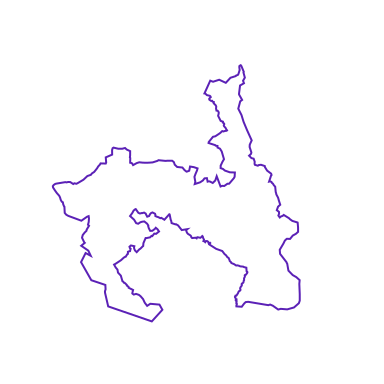 Tafawa-Balewa, Bauchi, Nigeria (Robinson projection), rotated 17°
{"feature_id": "59680162B48786148420785", "entity_name": "Tafawa-Balewa", "entity_type": "district", "adm_level": 2, "iso_a3": "NGA", "parent_name": "Nigeria", "parent_adm1": "Bauchi", "projection": "robinson", "projection_center": [9.578, 9.844], "detail": "fine", "context": "isolated", "style": "outline", "palette": "violet", "viewbox_px": 384, "rotation_deg": 17, "n_neighbors": 0, "source": "geoboundaries", "source_scale": "gbopen_adm2", "svg_char_len": 6087}
<svg xmlns="http://www.w3.org/2000/svg" viewBox="0 0 384 384"><g transform="rotate(17 192 192)"><path d="M272.1,167.6L270.0,162.6L268.3,161.6L267.0,160.4L265.6,159.8L265.0,159.1L263.5,159.0L262.7,159.5L262.8,153.1L263.1,152.5L262.3,151.3L257.6,149.6L254.5,146.9L254.0,145.9L250.0,145.8L248.0,146.7L247.3,147.6L244.2,147.6L243.6,146.8L243.1,144.7L241.2,142.1L239.2,142.2L238.0,141.8L236.9,141.0L236.0,140.6L237.3,138.2L237.2,136.8L234.0,132.2L233.7,131.2L233.4,129.8L234.0,125.2L226.6,116.8L220.8,109.8L216.8,103.9L211.9,98.8L211.6,91.2L213.0,89.3L208.7,85.2L208.3,84.6L206.8,76.1L209.9,72.8L208.3,70.7L209.1,67.2L206.3,62.7L206.4,62.0L202.4,57.1L201.5,56.5L200.9,57.1L200.5,57.7L200.7,58.7L201.9,61.4L201.9,65.4L201.7,66.5L200.0,67.9L199.9,68.4L195.4,71.5L192.4,77.7L185.2,76.7L179.9,80.4L176.9,80.2L175.1,94.1L175.9,94.0L178.0,95.0L180.9,94.8L181.7,95.2L182.2,95.8L181.5,97.0L181.2,98.0L181.7,98.7L183.7,99.3L184.6,98.9L185.3,99.6L186.6,99.6L186.8,100.8L189.4,102.2L190.2,103.2L190.6,105.2L191.6,107.0L192.7,106.8L193.7,107.4L194.4,108.3L194.6,109.5L194.7,111.5L198.6,115.6L201.0,115.7L201.2,116.6L202.6,117.1L203.0,117.6L202.9,119.0L203.4,119.7L205.4,120.9L206.3,121.9L207.5,122.8L207.2,123.3L205.5,124.1L204.4,124.9L203.1,124.9L201.8,127.2L200.8,128.5L198.0,131.9L195.9,133.1L193.4,139.3L193.5,140.3L200.5,140.4L201.0,140.8L202.9,140.5L203.4,142.0L206.1,142.4L208.6,144.6L213.0,151.3L212.3,154.2L211.7,158.4L212.4,160.8L214.8,160.9L217.2,161.9L222.5,162.1L227.3,160.8L228.3,165.0L228.0,166.5L225.1,173.2L223.5,173.7L221.1,176.8L219.0,177.3L217.7,178.4L211.0,169.7L210.9,174.2L209.2,177.3L205.8,176.7L204.3,177.2L203.9,177.5L202.2,174.4L200.0,175.3L199.2,177.3L199.2,177.6L196.9,180.4L192.3,183.6L192.2,181.3L189.9,176.8L190.1,173.4L190.5,169.9L190.4,167.8L186.5,167.7L182.7,168.2L183.1,172.5L181.0,174.1L180.7,174.1L178.4,173.2L175.7,171.4L170.5,172.4L167.5,170.9L166.0,168.8L164.0,167.9L159.3,169.3L157.6,170.0L150.6,171.4L149.9,172.3L145.7,175.2L142.1,176.6L139.7,177.4L136.5,178.3L132.9,179.0L130.7,180.5L127.8,183.5L126.5,182.3L125.9,182.0L124.3,182.1L123.0,177.5L122.5,177.1L122.1,175.0L120.9,171.0L117.2,170.5L115.1,169.5L112.5,171.1L108.7,172.2L104.0,172.5L103.3,173.3L103.3,175.2L104.7,179.6L99.4,184.1L101.3,188.9L101.2,190.0L96.2,191.4L95.9,192.8L94.8,195.0L94.3,197.1L92.6,201.4L90.8,203.6L90.3,205.1L87.3,207.3L84.6,212.0L80.5,216.5L79.1,217.9L76.9,218.1L76.1,219.1L72.7,218.1L70.7,218.6L69.2,219.5L68.0,219.6L60.1,223.5L58.9,224.2L57.7,225.7L57.2,227.1L57.8,228.3L60.4,230.5L63.0,232.5L66.1,234.4L67.4,235.8L68.7,237.8L69.5,238.6L70.4,239.4L71.5,239.6L72.5,241.5L73.9,243.2L74.3,243.4L76.4,249.2L78.4,250.5L80.7,251.0L94.6,251.8L98.9,246.3L100.2,245.3L101.2,247.4L102.0,250.9L102.1,253.7L103.4,254.4L102.3,258.6L102.4,260.0L101.2,262.2L100.1,265.1L100.2,267.9L103.7,271.7L104.3,272.0L101.8,275.8L110.0,278.4L113.8,282.6L108.1,281.5L106.4,291.5L121.5,305.8L136.3,306.2L137.8,310.3L137.8,312.4L138.3,313.8L145.3,325.9L191.4,327.5L198.1,313.3L193.8,309.2L184.8,311.1L182.4,314.0L179.2,311.7L176.5,308.7L173.3,306.7L171.3,305.9L168.3,305.8L166.3,307.1L164.8,306.6L164.5,306.3L164.3,302.9L159.4,302.1L159.0,301.2L157.0,300.5L156.8,299.9L154.5,298.7L153.5,298.7L152.6,297.9L151.6,297.7L148.4,292.8L144.8,290.7L143.4,288.0L141.1,286.5L138.7,284.2L139.8,283.1L144.1,277.9L145.9,274.8L147.0,273.5L147.5,273.3L148.3,270.4L148.8,269.9L148.2,267.9L148.9,267.3L150.0,266.7L149.9,264.2L149.0,263.8L148.2,262.6L149.2,261.0L152.7,260.7L152.8,262.1L153.3,263.1L154.6,264.6L156.7,265.7L158.4,262.2L159.2,261.3L160.7,258.5L161.1,257.9L160.5,255.1L161.1,249.6L161.9,249.4L165.2,247.6L166.1,245.8L166.9,245.8L168.1,242.8L169.9,242.5L172.0,239.4L169.9,237.7L167.8,236.8L167.3,238.1L165.4,240.7L163.4,241.4L161.3,239.3L160.0,237.3L160.0,236.8L158.3,235.4L155.0,234.1L153.0,235.0L151.5,236.0L149.8,238.1L147.7,238.1L144.7,235.4L139.8,233.1L141.0,229.7L141.6,226.8L142.9,224.9L143.2,224.8L146.8,227.6L148.5,227.8L150.1,226.8L150.5,226.8L152.2,225.7L154.1,226.2L154.6,226.9L156.4,228.7L158.0,227.5L158.4,225.3L159.1,224.0L160.2,223.1L163.0,223.6L163.5,224.2L164.0,225.7L165.4,225.9L167.1,225.9L169.4,226.3L170.2,225.7L173.7,226.6L176.8,219.9L177.0,219.9L177.3,220.2L179.7,224.7L180.5,225.6L181.6,227.7L185.7,227.8L186.1,227.5L188.4,228.0L193.3,231.4L198.4,228.9L197.5,230.3L199.0,232.3L200.3,233.2L203.2,234.0L204.1,234.6L204.6,235.5L205.6,236.0L208.7,234.7L210.0,235.0L210.3,233.7L211.6,233.5L213.3,233.4L213.9,232.7L214.7,231.1L215.3,231.4L216.3,233.0L217.4,234.0L217.3,235.6L218.4,235.6L219.3,236.1L219.7,234.8L221.0,234.5L222.0,234.9L222.9,236.1L223.7,235.7L224.6,234.7L223.9,237.1L231.7,239.3L238.2,239.6L241.2,241.8L243.1,242.6L244.9,244.0L246.2,244.3L247.6,245.9L248.3,247.0L249.8,247.7L250.4,248.4L253.4,248.7L255.7,249.4L256.8,248.9L258.3,248.8L259.9,249.0L262.7,248.4L263.6,248.6L266.1,248.5L267.4,251.9L267.7,252.2L268.2,252.2L268.5,252.8L268.4,253.5L267.7,255.4L267.2,255.6L266.8,256.1L266.8,256.4L267.2,256.9L267.3,257.8L267.0,259.3L267.6,261.1L267.4,261.7L267.6,263.2L267.5,263.8L266.7,264.7L266.4,265.3L266.5,265.9L266.9,266.3L266.9,267.1L266.2,269.1L266.2,269.6L266.3,270.4L266.9,271.2L267.0,271.6L266.5,272.7L266.1,272.9L265.7,273.7L265.6,275.2L264.9,277.7L264.6,278.3L263.9,278.4L263.7,279.7L263.9,280.1L265.0,281.0L265.1,281.6L265.5,282.2L265.5,282.7L265.9,282.8L266.2,282.4L266.5,283.3L266.4,283.8L266.8,284.1L266.8,285.3L267.1,285.6L267.5,285.7L267.7,286.1L267.6,287.5L267.9,288.4L273.1,287.2L274.5,283.4L275.5,281.6L277.8,280.6L298.1,277.9L299.6,276.8L302.5,277.1L308.8,279.2L311.0,277.8L317.4,276.4L323.3,272.6L326.7,267.1L326.8,264.4L324.9,258.2L321.5,248.5L320.7,244.8L316.6,242.9L312.6,242.0L307.2,239.0L304.0,232.7L303.4,232.2L302.9,231.5L294.3,225.4L292.8,221.6L294.5,214.6L295.0,211.4L295.8,209.9L296.4,209.0L299.5,208.2L301.1,204.2L303.6,201.6L305.1,199.1L303.8,194.9L302.0,190.4L301.9,190.3L296.4,190.3L293.7,189.4L292.4,188.7L286.4,187.1L285.7,188.3L284.2,189.4L283.4,190.7L281.5,189.3L281.6,187.1L280.9,185.5L278.4,184.6L278.6,180.8L280.1,178.4L277.4,174.5L276.0,172.3L273.4,169.7L272.7,168.4L272.1,167.6Z" fill="none" stroke="#5b21b6" stroke-width="2"/></g></svg>